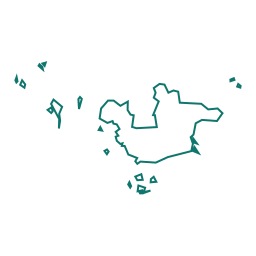 Basilan, Basilan, Philippines
{"feature_id": "2640588B29921835743372", "entity_name": "Basilan", "entity_type": "district", "adm_level": 2, "iso_a3": "PHL", "parent_name": "Philippines", "parent_adm1": "Basilan", "projection": "orthographic", "projection_center": [121.96, 6.593], "detail": "medium", "context": "isolated", "style": "outline", "palette": "teal", "viewbox_px": 256, "rotation_deg": 0, "n_neighbors": 0, "source": "geoboundaries", "source_scale": "gbopen_adm2", "svg_char_len": 1850}
<svg xmlns="http://www.w3.org/2000/svg" viewBox="0 0 256 256"><path d="M127.8,101.6L120.4,105.8L113.7,100.6L108.0,100.6L101.1,108.5L99.6,118.5L107.4,122.9L112.6,121.1L113.4,123.6L116.8,124.4L119.5,129.0L115.7,131.9L118.3,135.7L115.7,136.7L116.8,140.8L120.4,144.0L122.5,143.3L121.8,145.9L124.7,146.0L128.3,154.5L137.2,158.0L135.3,161.3L137.3,163.8L140.4,161.6L155.8,162.6L167.8,157.1L191.3,151.1L192.9,143.7L190.7,137.2L193.5,134.6L195.7,123.3L202.0,119.9L217.0,121.0L222.5,113.2L217.6,108.5L208.2,109.4L201.3,103.8L179.8,102.7L178.2,91.7L173.5,90.5L168.4,92.7L164.5,84.6L159.6,83.9L153.8,88.0L155.6,92.8L153.8,97.7L158.7,101.4L153.1,115.1L154.9,115.2L156.8,127.1L136.5,128.2L132.1,126.9L133.7,115.3L130.5,114.6L127.6,110.0L127.8,101.6ZM53.5,99.6L51.1,103.9L59.2,119.0L58.9,128.5L60.1,120.5L59.2,113.8L62.1,106.8L53.5,99.6ZM138.4,185.5L137.6,191.3L142.2,190.3L142.7,192.9L139.2,191.9L140.1,193.4L142.8,193.3L150.5,190.6L143.8,192.1L145.1,187.7L138.4,185.5ZM141.3,174.2L135.3,176.6L137.3,180.2L142.7,179.8L141.3,174.2ZM80.0,97.0L78.4,99.1L79.0,109.0L81.8,98.9L80.0,97.0ZM22.1,80.3L20.2,84.8L24.4,87.7L25.2,84.4L22.1,80.3ZM51.7,107.2L47.6,109.9L51.2,113.0L52.6,111.5L51.7,107.2ZM153.7,176.8L150.9,179.1L150.7,182.3L156.3,181.8L153.7,176.8ZM107.0,149.5L104.5,150.9L106.9,154.2L108.6,151.6L107.0,149.5ZM194.5,147.0L193.6,148.9L194.9,150.4L192.9,150.3L192.4,150.7L198.6,153.3L194.5,147.0ZM129.4,182.1L128.2,184.4L130.2,187.6L131.1,186.1L129.4,182.1ZM39.5,64.3L38.6,65.8L42.9,69.6L42.3,66.8L39.5,64.3ZM233.8,78.2L230.4,79.6L230.5,81.2L234.4,79.9L233.8,78.2ZM197.0,143.6L193.3,138.6L193.7,142.5L197.0,143.6ZM238.2,84.0L237.2,86.6L240.3,87.6L240.6,85.9L238.2,84.0ZM100.3,127.1L98.7,130.0L102.1,130.6L100.3,127.1ZM45.7,62.6L42.5,63.5L44.6,65.9L45.7,62.6ZM16.6,77.0L15.4,80.3L16.4,82.5L17.5,81.4L16.6,77.0Z" fill="none" stroke="#0f766e" stroke-width="2"/></svg>